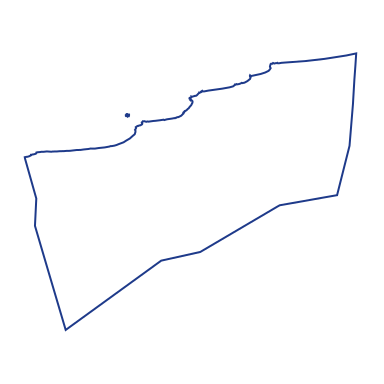 outline of Santiago Astata, Oaxaca, Mexico, rotated 179°
{"feature_id": "50627088B52540056379408", "entity_name": "Santiago Astata", "entity_type": "district", "adm_level": 2, "iso_a3": "MEX", "parent_name": "Mexico", "parent_adm1": "Oaxaca", "projection": "mercator", "projection_center": [-95.599, 15.985], "detail": "fine", "context": "isolated", "style": "outline", "palette": "blue", "viewbox_px": 384, "rotation_deg": 179, "n_neighbors": 0, "source": "geoboundaries", "source_scale": "gbopen_adm2", "svg_char_len": 3390}
<svg xmlns="http://www.w3.org/2000/svg" viewBox="0 0 384 384"><g transform="rotate(179 192 192)"><path d="M25.4,327.7L35.3,325.8L57.1,322.8L75.6,321.0L91.4,320.1L96.8,319.8L100.2,319.6L102.7,319.2L103.6,319.2L104.3,319.3L104.5,319.6L104.9,319.4L105.7,319.4L106.8,319.2L107.6,319.0L108.1,319.3L108.7,319.6L109.6,318.8L110.7,318.9L111.1,318.6L111.6,317.2L111.9,315.8L111.2,314.5L112.0,313.2L113.3,311.8L116.7,310.2L121.3,308.8L127.9,307.5L130.5,307.0L131.4,307.1L131.9,307.6L132.1,307.1L131.9,306.2L131.4,305.7L132.0,304.0L134.7,301.9L137.6,300.4L139.7,300.0L140.3,300.3L141.6,299.6L143.2,299.1L145.1,298.8L145.6,299.1L146.6,298.5L147.1,298.8L148.0,297.7L149.1,296.9L152.6,296.0L160.0,294.8L173.9,293.1L177.9,292.4L178.0,292.4L179.5,292.4L180.0,293.0L180.4,292.7L180.1,292.3L180.8,291.9L181.1,292.3L181.4,292.1L181.4,291.7L182.7,291.0L183.1,291.2L183.2,290.8L183.7,290.5L185.2,288.9L185.8,288.4L186.4,288.1L187.4,288.1L187.6,287.9L188.0,287.9L188.6,287.7L190.1,287.3L190.4,287.2L190.5,287.3L191.0,287.5L191.0,287.3L191.0,286.7L191.3,286.4L192.0,286.3L192.4,286.3L192.8,286.1L192.9,285.8L192.9,285.4L192.3,284.9L192.0,284.4L192.0,284.0L191.8,284.0L191.7,283.8L191.3,284.2L190.6,283.4L190.4,283.4L189.9,282.7L190.0,281.2L190.5,280.5L190.8,279.7L191.3,278.8L192.9,277.1L193.9,275.7L194.7,275.2L196.0,273.9L197.3,273.1L197.5,273.2L197.8,273.1L198.0,272.9L198.7,272.1L198.5,271.7L199.1,271.1L199.4,271.2L199.5,270.9L199.3,270.5L200.2,269.7L201.4,268.5L204.3,267.1L204.6,267.2L205.9,266.9L206.4,266.5L207.5,266.4L207.7,266.1L208.9,266.1L210.5,265.8L215.9,265.1L218.5,264.4L219.2,264.8L222.8,264.3L226.6,263.9L227.5,263.8L229.3,263.7L231.0,263.5L234.2,263.1L235.3,263.3L236.4,263.0L237.5,263.3L238.2,263.6L239.2,263.5L239.9,263.6L240.2,263.1L240.8,262.6L240.6,262.4L240.7,262.1L240.9,262.0L240.9,261.9L240.6,261.6L240.5,261.1L240.8,260.5L242.4,259.6L243.8,259.4L244.5,259.0L245.3,259.0L246.2,258.4L247.1,257.8L246.8,257.0L247.1,256.3L247.9,255.1L247.5,254.5L247.5,253.0L248.3,250.7L250.1,249.3L253.2,246.6L256.8,244.6L259.5,242.9L262.6,241.8L264.6,241.1L266.6,240.3L268.8,239.7L271.4,239.3L272.7,239.3L273.7,238.9L278.5,238.1L284.5,237.6L288.2,237.1L292.7,237.2L294.9,236.8L296.3,236.7L299.7,236.4L302.8,236.0L306.5,236.0L313.4,235.3L316.7,235.3L319.5,235.1L323.5,235.1L326.3,234.9L330.6,234.9L331.9,234.7L336.4,235.1L339.5,234.8L342.1,234.8L343.2,234.6L344.7,234.5L346.0,234.4L346.9,234.2L347.1,233.3L347.8,232.9L349.7,232.4L350.8,232.3L351.8,232.0L352.3,232.0L352.3,231.5L354.1,230.6L355.9,230.1L356.6,230.1L358.6,229.7L358.4,228.4L347.8,188.2L349.6,160.9L338.7,121.3L320.7,56.3L224.0,123.9L184.8,131.9L107.3,175.7L104.5,177.2L81.0,180.9L62.9,183.8L47.0,186.3L33.7,235.4L29.5,277.5L29.2,281.7L27.7,301.4L26.4,315.8L25.6,325.3L25.4,327.7ZM253.8,269.0L253.7,269.2L253.7,269.3L253.7,269.5L253.8,269.7L253.9,269.9L253.8,270.0L253.6,270.1L253.6,270.5L253.9,270.5L254.2,270.6L254.4,270.6L254.5,270.5L254.6,270.3L254.8,270.0L255.2,269.9L255.3,269.9L255.6,269.9L255.6,270.0L255.6,270.3L255.5,270.5L255.4,270.7L255.4,270.9L255.5,271.1L255.9,271.1L256.1,271.0L256.2,270.8L256.4,270.6L256.5,270.4L256.8,270.1L256.7,269.9L256.6,269.7L256.8,269.3L256.8,269.2L256.6,269.0L256.4,269.0L256.2,269.0L255.9,269.2L255.6,269.3L255.4,269.5L255.3,269.4L255.2,269.2L255.2,268.9L255.1,268.7L255.0,268.8L254.8,268.9L254.6,268.8L254.3,268.8L253.9,268.8L253.8,269.0Z" fill="none" stroke="#1e3a8a" stroke-width="2"/></g></svg>